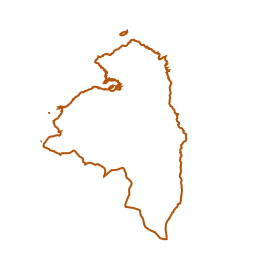 Kaldrananeshreppur, Vestfirðir, Iceland, rotated 203°
{"feature_id": "244011B77106600698129", "entity_name": "Kaldrananeshreppur", "entity_type": "district", "adm_level": 2, "iso_a3": "ISL", "parent_name": "Iceland", "parent_adm1": "Vestfirðir", "projection": "orthographic", "projection_center": [-21.462, 65.822], "detail": "fine", "context": "isolated", "style": "outline", "palette": "amber", "viewbox_px": 256, "rotation_deg": 203, "n_neighbors": 0, "source": "geoboundaries", "source_scale": "gbopen_adm2", "svg_char_len": 5953}
<svg xmlns="http://www.w3.org/2000/svg" viewBox="0 0 256 256"><g transform="rotate(203 128 128)"><path d="M49.0,40.8L50.4,43.8L53.9,49.5L55.6,54.8L55.4,58.4L54.7,59.7L55.0,60.6L54.6,61.4L54.2,65.5L54.3,67.0L53.5,68.2L53.6,70.4L52.7,73.2L52.0,74.4L52.0,76.5L52.4,77.2L51.5,78.4L50.6,78.9L51.0,82.1L51.7,83.3L51.6,84.1L52.4,85.3L52.3,86.1L52.7,86.8L52.6,87.5L53.1,88.6L54.0,91.9L54.8,93.5L55.7,94.4L56.0,95.9L58.0,98.4L58.1,99.2L58.0,100.7L59.0,101.9L61.1,103.1L62.2,106.1L61.8,107.0L62.3,108.5L62.2,109.1L63.5,110.7L63.6,111.6L64.4,112.3L64.4,113.6L64.7,113.8L65.2,116.7L67.3,118.2L68.3,121.5L67.9,122.9L68.1,124.2L69.4,124.7L70.0,125.5L69.9,125.9L70.3,126.0L70.1,126.5L71.2,127.6L71.4,129.6L70.8,130.2L70.8,130.7L71.8,131.7L72.3,133.3L71.5,135.5L71.5,136.8L71.3,137.3L69.9,138.3L70.1,140.8L71.3,142.6L71.8,143.7L71.7,144.4L72.1,145.0L75.2,145.5L75.3,147.1L76.4,147.4L77.9,148.8L80.8,148.5L83.0,150.1L83.3,150.6L82.6,151.6L82.6,151.9L83.0,152.6L85.5,153.5L86.6,154.9L86.6,156.9L88.1,158.6L88.2,159.3L87.6,159.7L88.2,160.3L89.8,159.8L91.2,160.9L92.3,162.6L94.8,163.7L95.4,164.7L97.5,164.8L99.5,166.7L99.9,167.6L100.0,169.0L100.5,169.6L101.1,172.5L102.4,174.2L102.3,176.1L102.5,177.1L104.4,179.7L105.4,181.5L105.7,183.7L105.6,186.5L109.5,188.8L109.2,190.2L109.7,189.4L110.2,189.3L110.7,189.9L110.9,191.2L112.0,191.7L113.2,193.6L114.2,193.9L113.7,195.0L114.3,195.7L113.8,196.4L114.1,196.8L114.6,196.4L116.1,197.4L115.7,198.3L116.4,197.8L117.4,198.7L117.8,200.2L117.3,201.4L118.2,200.9L117.8,203.3L117.9,204.4L120.1,204.9L120.8,206.4L121.4,206.7L121.3,208.6L123.9,206.1L124.2,205.0L125.2,203.9L125.5,204.1L125.2,205.0L126.2,203.5L127.2,204.4L127.3,206.8L127.7,208.2L128.4,208.5L129.3,208.0L129.9,208.2L130.2,209.0L130.9,208.1L133.2,207.8L134.1,208.8L135.9,208.7L137.1,209.8L139.7,208.9L140.2,209.2L139.8,209.7L140.2,209.8L142.3,209.1L142.6,209.9L141.9,210.0L142.1,210.4L143.2,209.7L144.4,209.6L146.0,210.7L147.8,209.7L149.4,210.2L151.0,211.7L156.1,211.0L156.7,211.1L156.8,211.5L158.6,210.8L159.8,209.7L159.8,209.1L159.3,208.6L159.3,208.0L160.9,206.6L160.6,206.0L161.5,203.2L162.7,202.3L165.3,201.9L167.8,196.9L170.7,194.2L171.2,191.0L172.1,190.1L172.2,189.2L172.7,189.0L172.9,188.2L174.9,187.8L175.6,188.2L177.1,187.6L179.1,185.7L179.0,184.7L180.0,184.3L180.3,183.4L181.1,182.4L183.2,182.3L183.0,181.8L183.2,181.4L183.2,179.7L184.0,178.5L183.9,177.5L184.2,177.1L183.9,176.4L184.0,175.8L182.6,175.5L180.4,175.9L179.1,175.1L179.1,174.6L178.8,174.3L177.0,174.4L176.3,173.8L176.7,173.3L176.5,173.1L174.8,173.6L173.6,172.5L172.5,172.9L172.0,172.3L172.2,171.7L170.9,171.5L170.7,171.0L170.1,171.7L169.0,171.1L169.3,169.9L168.9,169.7L169.5,168.3L169.1,168.1L169.2,167.5L168.8,167.6L168.9,166.7L168.3,167.0L168.3,166.3L167.6,165.9L167.7,165.0L166.5,164.0L166.5,163.3L167.5,162.8L167.9,161.2L166.9,161.2L167.0,162.1L166.3,162.6L165.4,165.2L164.9,166.0L164.7,165.5L162.8,165.7L162.7,165.6L163.1,165.4L162.4,165.3L162.0,165.6L162.6,165.8L162.4,166.2L162.5,166.5L160.3,167.3L159.3,167.5L158.6,167.3L158.6,166.9L156.8,166.8L155.8,167.5L155.1,166.1L153.6,166.3L153.2,165.3L153.4,164.9L151.8,165.5L151.9,163.3L151.7,162.8L151.9,162.5L150.7,163.1L151.2,162.2L150.8,161.3L150.3,161.0L150.4,160.3L150.9,159.8L152.2,160.1L152.8,159.3L154.2,159.5L154.6,159.1L155.9,156.5L158.1,155.5L161.0,156.1L162.4,155.2L164.3,155.1L164.6,154.3L166.0,153.9L169.0,153.9L170.2,153.1L170.8,153.7L171.3,153.2L171.8,153.8L174.9,153.0L175.9,152.2L176.1,151.3L176.5,151.3L176.5,150.4L177.3,149.3L179.3,148.0L179.9,146.8L182.0,145.2L182.2,144.4L183.2,143.7L183.4,143.2L184.8,142.8L185.9,141.0L185.9,140.2L186.3,138.6L188.5,135.6L188.9,134.1L189.7,133.6L189.9,132.9L189.5,132.6L189.8,132.2L190.4,129.0L192.6,124.5L193.7,123.6L193.9,122.6L196.6,121.8L196.5,121.2L196.1,121.0L196.5,120.4L195.8,119.4L195.9,118.9L195.6,118.6L195.9,117.8L195.5,117.6L195.7,117.3L195.1,117.0L195.1,115.2L195.6,113.6L195.5,113.1L196.1,112.0L196.0,111.2L196.4,109.6L197.9,107.8L199.3,105.3L198.6,105.1L198.4,103.4L197.2,102.7L196.1,101.2L192.5,100.2L191.3,99.3L190.4,98.0L191.0,96.8L188.3,98.7L188.4,98.2L188.8,97.9L187.9,96.7L187.7,95.7L187.7,94.9L188.2,94.1L189.4,94.1L191.8,92.8L193.8,90.9L195.6,90.1L197.2,88.3L198.2,84.8L198.5,82.4L199.0,81.5L199.2,80.6L198.5,77.8L191.9,77.7L191.2,77.0L186.6,77.8L185.9,77.3L181.1,77.4L179.8,76.9L178.9,79.0L172.6,81.7L171.3,83.0L169.5,85.8L168.1,86.2L161.5,82.8L157.6,82.4L156.0,79.2L154.1,79.1L153.1,77.7L150.8,80.4L149.0,81.4L143.5,81.4L142.1,82.8L141.2,83.0L134.8,82.1L132.9,80.8L132.2,79.7L131.7,78.1L131.3,75.9L131.3,74.2L131.1,73.9L126.8,82.6L121.6,85.4L118.0,88.9L116.8,89.3L114.8,88.2L114.2,87.0L112.2,85.5L111.5,84.6L111.4,83.3L109.7,81.8L105.7,80.5L103.7,79.3L102.9,78.3L102.7,77.0L103.1,72.2L100.6,66.8L100.9,65.2L100.7,57.7L100.4,56.1L99.2,54.5L92.2,56.4L85.5,57.0L84.6,56.5L83.3,54.1L81.7,52.3L78.5,50.1L75.4,45.5L73.2,43.6L68.5,42.6L62.4,42.5L55.4,39.2L51.5,39.6L49.0,40.8ZM171.2,210.7L169.9,210.8L168.5,211.7L166.6,214.1L166.1,215.6L166.2,216.2L166.6,216.8L166.7,216.3L169.2,214.9L171.2,212.6L171.5,211.4L171.8,211.1L171.2,210.7ZM153.7,162.8L155.0,161.9L155.0,160.9L154.3,161.5L153.7,162.8ZM166.3,161.1L166.9,160.2L166.1,160.5L165.1,161.8L166.3,161.1ZM165.2,164.1L165.5,162.9L165.9,162.3L165.3,162.5L164.5,163.9L165.2,164.1ZM198.1,120.4L199.2,119.5L199.5,118.7L198.6,119.3L198.1,120.4ZM158.6,160.4L159.1,159.5L158.4,159.8L157.9,160.8L158.6,160.4ZM198.4,121.7L199.2,120.6L199.5,120.4L198.9,120.4L198.1,121.5L198.4,121.7ZM157.5,159.9L158.2,159.6L158.3,159.1L157.5,159.9ZM160.6,165.9L162.9,164.5L160.5,165.8L160.6,165.9ZM159.6,160.1L160.3,159.3L160.2,159.2L159.7,159.4L159.6,160.1ZM160.1,157.7L160.7,157.8L161.0,157.4L160.6,157.1L160.1,157.7ZM206.7,111.7L206.7,111.1L207.0,110.5L206.4,111.1L206.7,111.7ZM112.5,197.1L113.0,196.5L113.0,196.3L112.4,196.6L112.5,197.1ZM202.4,81.9L202.7,81.8L203.0,81.3L202.4,81.9ZM161.2,166.0L160.7,166.2L160.6,166.5L160.8,166.5L161.2,166.0ZM86.7,160.0L87.1,160.3L87.2,160.2L86.7,160.0Z" fill="none" stroke="#b45309" stroke-width="2"/></g></svg>